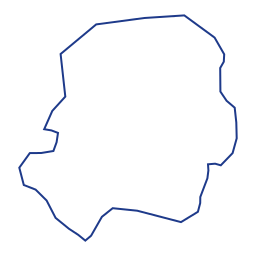 map outline of Daegu (orthographic projection)
{"feature_id": "KOR-2504", "entity_name": "Daegu", "entity_type": "Metropolitan City", "adm_level": 1, "iso_a3": "KOR", "parent_name": "South Korea", "parent_adm1": "", "projection": "orthographic", "projection_center": [128.628, 35.889], "detail": "fine", "context": "isolated", "style": "outline", "palette": "blue", "viewbox_px": 256, "rotation_deg": 0, "n_neighbors": 0, "source": "natural_earth", "source_scale": "10m", "svg_char_len": 636}
<svg xmlns="http://www.w3.org/2000/svg" viewBox="0 0 256 256"><path d="M184.3,15.4L214.6,37.6L224.2,54.3L223.8,61.7L220.2,68.0L220.4,91.6L226.6,100.8L234.7,107.7L236.3,122.5L236.7,138.3L232.6,153.1L220.8,165.3L215.1,163.7L208.0,164.3L208.4,170.4L207.4,178.3L200.3,197.0L200.2,203.1L197.9,211.8L181.0,222.1L137.2,210.7L112.7,208.2L101.9,216.8L91.1,235.7L85.3,240.6L78.3,234.9L69.0,228.8L55.6,217.9L46.6,200.5L35.6,189.6L23.8,185.0L19.3,167.7L29.8,153.1L41.2,153.0L53.4,151.0L56.6,142.2L58.0,132.9L51.4,130.4L44.2,129.2L52.3,110.9L65.3,96.6L60.6,54.0L96.2,24.4L144.3,18.0L184.3,15.4Z" fill="none" stroke="#1e3a8a" stroke-width="2"/></svg>